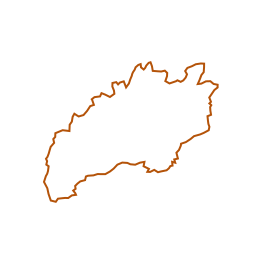 the district of Giolou, Paphos, Cyprus, rotated 247°
{"feature_id": "46923920B14878723805289", "entity_name": "Giolou", "entity_type": "district", "adm_level": 2, "iso_a3": "CYP", "parent_name": "Cyprus", "parent_adm1": "Paphos", "projection": "orthographic", "projection_center": [32.479, 34.929], "detail": "fine", "context": "isolated", "style": "outline", "palette": "amber", "viewbox_px": 256, "rotation_deg": 247, "n_neighbors": 0, "source": "geoboundaries", "source_scale": "gbopen_adm2", "svg_char_len": 2037}
<svg xmlns="http://www.w3.org/2000/svg" viewBox="0 0 256 256"><g transform="rotate(247 128 128)"><path d="M86.9,45.6L87.9,50.0L86.8,54.0L88.6,54.0L91.8,53.1L92.5,56.0L95.3,56.7L96.6,59.9L97.5,63.2L96.8,68.1L99.8,70.3L99.7,72.5L97.9,77.7L97.5,81.9L94.4,89.1L95.0,94.4L96.2,98.9L98.4,103.9L98.4,109.2L96.1,113.8L93.7,116.0L91.4,120.3L91.4,125.5L90.4,129.9L86.7,127.4L82.2,131.3L80.1,128.7L78.9,131.2L79.2,135.8L75.6,138.3L75.1,141.5L74.0,147.0L74.9,149.9L76.4,152.1L76.0,154.3L79.6,155.4L77.6,157.9L81.0,158.3L80.4,162.0L86.3,162.9L87.9,166.4L91.1,169.7L92.8,170.7L92.4,175.7L93.4,181.3L94.7,185.6L93.9,191.8L93.9,195.8L94.4,201.4L97.3,203.4L100.4,203.6L103.6,204.5L107.8,205.8L107.7,209.6L111.8,210.6L115.2,211.8L116.5,213.6L116.8,213.5L118.8,212.5L119.7,214.6L123.0,214.7L124.3,214.7L126.4,218.0L129.2,222.3L130.3,226.3L132.8,227.4L135.1,224.0L138.9,222.1L140.5,218.0L140.2,212.8L141.2,209.4L144.1,212.5L148.1,216.3L149.8,219.5L154.3,221.8L157.5,223.2L158.9,220.3L160.2,215.3L159.9,211.0L160.1,206.2L159.4,205.0L158.1,202.9L154.4,203.3L151.9,200.8L150.2,197.5L149.9,194.5L152.6,192.1L152.3,190.5L152.8,183.6L156.6,180.7L160.5,184.2L163.4,185.6L166.4,184.3L167.0,180.7L168.5,177.7L170.9,173.1L175.5,174.2L179.7,174.4L179.9,172.5L178.3,169.2L176.6,167.3L175.7,165.3L178.7,163.7L181.9,164.6L182.0,162.1L180.9,158.7L179.1,157.0L177.4,154.4L176.1,153.0L174.5,151.8L171.9,149.1L168.6,146.2L166.1,142.1L172.6,142.3L173.0,138.3L172.0,135.9L174.8,135.1L175.5,131.3L172.3,129.8L167.9,129.7L164.8,128.8L163.6,123.5L167.8,119.9L170.4,117.2L168.0,114.6L169.5,109.2L168.6,105.9L168.1,106.0L162.6,105.6L162.9,101.8L159.7,97.0L157.3,92.1L157.9,87.1L159.7,85.8L162.1,84.2L159.9,81.4L155.8,78.8L153.8,75.6L148.1,72.9L149.6,70.3L151.5,67.0L151.6,59.1L148.2,57.5L147.0,54.9L143.2,54.2L140.9,49.5L138.4,47.4L135.4,45.0L132.9,42.6L131.7,40.5L129.1,40.6L126.2,38.5L123.8,40.0L119.6,37.5L117.5,35.8L115.8,33.6L111.2,29.6L104.1,30.2L98.4,29.1L91.4,28.6L88.3,32.7L90.3,35.9L89.1,39.9L88.2,42.8L86.9,45.6Z" fill="none" stroke="#b45309" stroke-width="2"/></g></svg>